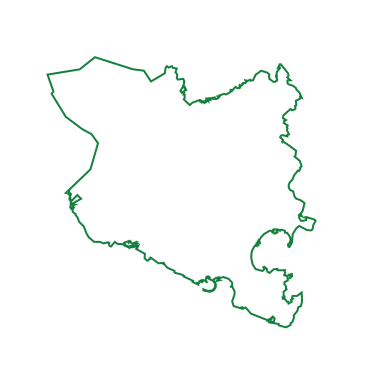 the district of Randaberg nor, Rogaland, Norway, rotated 170°
{"feature_id": "86288312B80966124868443", "entity_name": "Randaberg nor", "entity_type": "district", "adm_level": 2, "iso_a3": "NOR", "parent_name": "Norway", "parent_adm1": "Rogaland", "projection": "albers", "projection_center": [5.609, 59.004], "detail": "fine", "context": "isolated", "style": "outline", "palette": "green", "viewbox_px": 384, "rotation_deg": 170, "n_neighbors": 0, "source": "geoboundaries", "source_scale": "gbopen_adm2", "svg_char_len": 5965}
<svg xmlns="http://www.w3.org/2000/svg" viewBox="0 0 384 384"><g transform="rotate(170 192 192)"><path d="M313.4,215.0L312.6,214.6L314.3,210.2L312.6,212.3L311.5,210.8L313.4,208.2L312.8,207.4L313.9,206.5L313.0,205.8L313.6,205.2L313.0,204.3L313.7,200.1L313.3,199.9L312.5,203.9L305.4,208.9L302.4,204.6L311.5,201.4L311.6,200.4L309.8,199.9L311.4,199.5L311.8,197.2L313.5,197.1L315.0,199.1L313.8,196.3L311.5,196.7L312.7,195.3L312.9,193.1L310.4,190.4L310.7,189.6L309.1,186.6L308.4,182.3L304.5,176.8L303.1,169.5L301.5,165.3L297.2,160.0L291.2,158.8L288.1,156.8L283.1,157.0L282.3,156.3L283.0,155.2L282.5,153.2L281.2,152.4L276.6,156.3L274.2,153.7L268.5,152.5L267.9,151.0L264.2,148.7L263.8,149.3L267.2,151.4L267.6,153.8L263.3,154.5L263.1,153.5L262.2,154.8L261.1,154.1L261.7,153.2L259.3,151.6L259.7,150.1L262.7,149.3L263.1,147.8L259.3,148.9L258.8,151.6L256.5,152.2L257.0,151.4L255.9,151.6L256.7,150.9L255.5,151.5L256.6,150.6L255.9,150.9L255.5,150.8L256.2,150.6L255.6,149.4L258.6,148.9L259.1,147.9L254.1,148.6L255.3,146.8L256.5,147.5L255.9,146.7L256.9,145.6L249.1,139.3L250.2,135.0L248.2,132.3L247.0,132.1L243.8,135.2L244.5,133.5L243.4,133.8L237.3,127.6L232.1,127.1L231.7,126.0L233.3,126.4L231.7,125.5L229.4,121.7L222.9,117.3L223.3,116.0L222.6,115.3L215.7,112.1L214.4,110.7L214.8,110.2L206.4,104.3L207.1,103.3L202.2,99.9L202.4,101.5L201.1,100.9L199.7,102.3L200.1,102.8L197.5,103.6L196.1,103.1L198.5,100.8L196.0,102.9L194.5,102.6L192.7,99.9L193.8,103.0L192.7,105.3L191.4,105.0L192.3,104.2L191.0,104.9L191.6,106.1L190.6,106.1L189.3,104.6L190.2,103.4L186.3,100.5L185.2,97.3L185.9,94.1L189.0,91.5L193.3,91.7L197.7,94.2L197.8,93.0L191.6,90.6L187.6,91.4L185.2,94.1L184.6,96.6L184.9,99.3L186.5,101.8L183.1,103.3L182.0,103.1L181.8,101.4L182.9,100.2L179.9,100.3L181.6,101.5L181.7,103.1L180.2,103.5L179.9,102.4L175.8,102.8L171.0,100.1L168.2,95.7L168.7,92.9L170.9,91.7L168.9,92.2L167.3,86.6L168.1,83.3L171.4,77.5L170.8,72.4L163.7,68.8L163.6,69.7L162.3,69.8L161.9,68.2L159.2,69.0L155.2,62.1L140.5,53.0L140.0,51.2L140.0,53.1L136.9,52.9L137.1,53.4L136.5,53.7L135.8,52.9L135.4,53.5L136.1,54.1L134.0,55.3L132.5,53.0L134.1,49.9L138.4,51.0L138.7,50.2L129.6,47.0L129.9,46.1L129.3,45.4L123.0,42.4L118.1,43.9L117.7,45.6L115.9,46.3L113.5,50.4L113.2,52.9L109.0,56.5L107.3,60.2L104.5,60.7L102.6,65.4L101.5,73.9L106.5,71.4L111.0,72.2L111.9,70.3L111.1,69.4L113.2,68.5L112.8,66.6L116.3,65.4L116.4,67.3L117.5,67.4L119.3,70.9L121.0,71.0L121.1,72.4L119.4,72.2L118.9,73.1L119.9,73.6L119.1,77.9L115.7,79.8L116.2,80.7L115.8,82.5L117.1,85.5L116.4,87.3L113.1,88.2L112.9,90.3L110.6,90.0L108.1,91.7L107.9,93.9L109.3,93.9L109.7,91.8L111.3,93.6L112.7,92.3L114.0,93.6L115.2,93.1L114.6,93.4L115.7,94.2L114.3,96.2L114.7,97.4L114.0,98.9L119.8,99.7L121.5,100.3L121.3,101.4L125.0,101.7L129.5,98.9L131.5,100.2L131.8,103.6L134.0,105.8L135.7,105.1L133.9,105.3L133.5,103.9L136.2,102.0L142.7,105.0L144.7,109.8L145.0,112.3L145.0,117.4L144.1,121.1L143.1,123.7L139.9,127.8L137.6,129.3L137.2,128.7L137.2,129.6L136.4,128.8L136.9,128.1L136.0,128.3L136.9,130.0L135.2,132.5L134.0,128.8L134.0,131.5L134.6,132.5L131.9,135.4L128.3,138.1L122.1,140.4L120.0,139.7L118.3,140.9L120.3,137.6L118.6,138.6L118.0,141.0L114.6,140.3L116.0,137.3L118.9,136.5L114.9,137.3L114.4,140.2L112.2,139.3L112.1,137.8L111.6,139.3L109.7,139.1L107.2,137.5L107.4,135.8L105.5,135.4L103.4,131.0L103.2,128.1L104.5,124.9L106.6,123.8L106.5,121.4L105.6,120.9L102.4,124.8L100.1,133.1L95.5,138.2L92.3,139.9L85.4,134.6L81.6,133.5L79.9,134.1L78.1,138.7L75.6,141.7L75.3,142.4L76.2,143.6L83.8,147.5L85.3,147.4L83.7,146.4L84.5,144.5L88.7,144.4L89.7,144.8L91.0,148.1L90.6,149.4L89.5,149.6L90.7,150.7L90.2,151.2L88.1,149.3L88.7,151.9L86.4,154.0L83.1,161.5L86.3,165.0L90.6,167.4L91.8,169.6L92.2,175.1L95.1,177.0L95.9,179.4L95.6,182.0L94.0,184.6L90.8,186.9L88.6,190.6L83.9,194.8L82.9,194.1L81.4,195.8L81.4,197.0L79.6,198.4L80.5,204.0L84.8,209.1L83.9,209.5L82.3,214.5L91.1,223.7L93.4,225.6L94.2,225.2L94.5,226.0L93.3,227.4L95.7,230.7L94.6,232.1L92.4,232.1L88.5,230.2L88.5,231.5L86.4,231.9L87.8,236.2L86.9,238.1L87.5,239.3L86.2,240.8L89.6,244.0L88.7,245.2L89.0,245.9L87.0,246.6L89.6,248.9L88.7,251.6L80.6,256.6L79.5,255.2L76.7,255.4L75.5,256.4L75.6,258.7L74.3,259.2L73.8,263.9L70.7,264.6L69.4,265.4L69.1,266.8L67.6,265.8L68.9,271.1L71.4,274.7L71.5,276.2L74.0,279.0L78.5,281.5L79.1,283.1L78.6,285.2L75.6,284.9L78.3,288.3L76.7,289.8L76.8,292.2L82.3,302.3L83.5,302.5L84.3,301.2L84.0,299.8L85.2,300.1L86.0,298.9L84.5,298.2L87.5,295.6L89.1,291.3L88.3,291.4L88.8,290.1L88.6,287.6L89.3,286.7L90.4,287.4L89.9,286.7L90.9,286.1L92.7,286.3L96.2,290.1L95.9,291.1L96.3,292.0L95.4,294.4L97.4,296.7L102.9,299.4L109.0,296.4L112.5,291.4L114.7,291.4L115.2,293.1L115.5,291.2L115.7,292.4L118.0,291.6L119.8,293.0L118.5,291.2L120.0,292.4L119.8,290.7L120.6,290.1L122.8,290.5L123.5,290.0L122.9,289.5L124.9,288.0L126.4,289.1L126.9,288.3L126.6,286.4L127.3,286.0L129.6,286.5L130.8,288.0L134.3,285.4L137.1,286.1L134.7,284.9L135.4,284.2L136.6,284.7L137.2,283.5L141.6,282.2L143.5,283.1L149.5,282.1L147.9,281.7L149.1,280.6L149.2,281.3L149.8,281.5L149.4,280.5L151.7,279.3L154.7,280.1L153.5,281.1L155.0,281.2L155.4,280.0L155.4,280.9L157.9,281.2L157.4,280.6L157.7,279.8L158.7,281.2L158.3,280.1L159.6,280.7L158.9,279.7L159.9,279.1L161.1,280.1L160.7,278.8L163.0,280.7L161.3,278.8L164.4,277.5L164.7,278.6L162.8,279.2L166.9,278.3L167.6,279.3L166.8,279.6L168.0,279.8L167.3,280.6L168.3,281.3L176.1,279.9L179.1,278.0L184.0,284.6L183.0,285.6L182.3,289.1L183.5,289.4L181.7,292.9L184.9,291.5L185.9,293.6L182.5,297.4L181.6,296.6L180.7,293.4L180.1,293.4L181.0,297.1L182.4,298.0L180.7,300.5L181.0,301.6L180.4,302.1L180.9,304.9L186.5,305.2L187.2,306.9L186.1,310.4L187.5,312.8L185.6,316.2L189.2,317.7L189.9,319.4L193.4,318.6L194.8,320.3L196.5,318.8L198.2,313.6L213.2,308.0L218.3,319.8L229.0,323.2L264.2,341.6L281.3,332.3L313.9,332.7L311.0,315.0L313.2,313.2L303.2,287.9L289.2,273.0L280.9,266.4L276.1,256.3L288.1,231.9L313.4,215.0ZM316.4,213.0L315.7,212.7L315.4,213.7L316.4,213.0Z" fill="none" stroke="#15803d" stroke-width="2"/></g></svg>